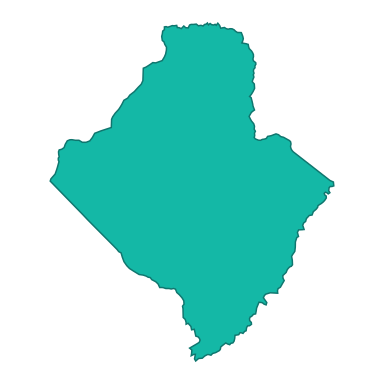 the district of Orizona, Goiás, Brazil
{"feature_id": "56859067B5480941556664", "entity_name": "Orizona", "entity_type": "district", "adm_level": 2, "iso_a3": "BRA", "parent_name": "Brazil", "parent_adm1": "Goiás", "projection": "natural_earth1", "projection_center": [-48.158, -17.021], "detail": "fine", "context": "isolated", "style": "filled", "palette": "teal", "viewbox_px": 384, "rotation_deg": 0, "n_neighbors": 0, "source": "geoboundaries", "source_scale": "gbopen_adm2", "svg_char_len": 4082}
<svg xmlns="http://www.w3.org/2000/svg" viewBox="0 0 384 384"><path d="M333.4,182.0L330.0,180.5L293.2,151.8L291.9,150.3L290.9,148.4L290.5,146.3L291.0,144.0L290.6,141.8L289.5,140.6L285.2,138.2L283.6,137.3L280.8,136.6L278.5,134.7L276.0,133.9L274.0,134.6L271.2,135.7L267.6,136.4L266.4,138.4L264.4,139.1L262.3,139.4L260.5,140.3L258.5,140.2L255.3,138.9L254.2,137.5L254.7,135.7L254.5,133.0L255.4,131.3L254.2,129.2L254.5,126.2L253.7,123.7L251.4,120.9L250.0,118.3L249.1,116.4L250.1,114.6L251.4,112.4L253.1,111.0L254.5,110.0L253.0,106.0L252.7,104.0L252.1,101.4L251.1,97.6L249.6,96.5L251.4,94.3L253.1,91.5L254.6,88.4L254.3,84.0L252.3,81.8L252.7,80.0L253.9,77.1L253.3,74.8L254.0,73.2L253.4,71.1L253.7,69.3L255.0,67.8L254.9,66.0L255.9,64.2L255.7,62.6L253.5,60.9L252.9,59.1L253.5,56.6L253.4,54.5L252.6,52.7L251.7,51.2L250.4,49.8L249.2,48.6L248.6,46.6L248.2,44.4L246.0,43.7L244.2,43.4L241.9,42.9L242.7,41.0L243.3,38.7L242.8,36.4L242.1,34.6L241.3,32.6L239.4,32.5L237.5,32.5L235.6,31.3L234.1,29.8L232.1,28.8L230.0,28.7L228.1,29.2L226.1,28.6L224.5,27.5L222.7,27.8L220.7,28.2L219.6,25.4L217.8,23.2L216.2,25.3L215.1,24.3L213.7,25.0L211.7,24.7L210.1,23.5L208.4,24.9L207.4,23.0L206.2,24.1L204.5,24.5L203.0,26.0L201.0,25.3L198.4,25.8L196.3,24.1L193.6,24.4L191.1,24.4L189.6,25.0L188.2,27.9L185.7,27.7L183.8,26.0L181.3,28.6L178.9,27.6L177.3,27.6L176.7,25.4L174.0,25.8L172.3,25.6L169.9,26.5L167.8,27.2L166.1,26.6L164.4,26.9L164.4,29.6L162.7,31.1L162.3,34.0L161.7,36.4L162.3,40.5L164.0,41.9L164.8,44.4L166.5,47.2L166.4,50.1L165.6,54.1L164.3,57.1L162.2,60.6L155.7,62.9L152.8,62.6L149.5,64.9L146.0,67.1L143.3,68.2L142.9,80.6L141.2,84.3L138.5,87.0L134.2,91.7L129.8,95.1L127.7,98.1L123.9,100.3L121.9,104.3L120.3,107.0L118.7,109.4L115.2,113.2L112.7,116.8L111.6,119.3L111.3,127.5L100.9,130.9L94.7,133.3L92.4,137.5L89.8,140.9L86.1,142.3L82.3,142.3L79.0,140.3L75.5,140.3L71.9,139.7L69.8,139.8L67.3,140.8L65.3,144.2L64.1,147.6L61.6,149.3L59.2,149.9L58.5,151.8L58.7,154.5L59.2,156.8L58.3,158.1L58.3,160.1L59.0,161.7L58.5,163.3L57.3,167.7L56.3,170.8L55.1,174.1L52.8,176.7L50.9,178.9L50.2,181.1L82.8,214.6L87.6,219.7L96.3,228.5L112.6,244.9L117.1,249.5L118.7,251.6L121.1,252.9L122.3,257.1L124.0,261.7L126.8,265.7L129.5,268.5L133.4,271.0L136.5,272.9L139.1,274.5L143.2,275.1L146.2,276.1L148.1,277.2L150.3,277.6L151.7,279.6L155.7,281.7L158.1,284.0L159.7,287.5L161.4,287.5L163.1,287.6L165.8,288.5L169.0,288.5L171.2,289.0L173.6,288.5L175.5,289.2L176.8,292.5L179.4,294.8L182.0,297.8L183.8,300.8L184.0,304.2L182.5,306.2L183.0,308.6L183.2,317.5L185.2,319.4L186.1,322.3L186.1,324.2L188.1,323.3L190.9,326.4L191.6,329.8L194.3,329.3L195.8,336.1L198.0,336.8L199.4,338.4L200.1,340.1L199.2,342.4L196.8,343.9L193.7,345.7L189.6,348.1L191.8,350.0L191.6,353.3L191.2,355.7L193.8,354.4L195.4,354.3L194.5,358.9L195.7,361.0L198.6,358.5L202.3,358.2L204.6,356.1L207.3,354.6L208.8,354.6L211.0,355.2L212.6,353.5L215.7,352.6L219.5,350.5L220.4,349.1L220.7,347.0L222.6,345.4L225.7,343.0L227.9,344.1L229.7,344.7L230.9,343.3L232.9,342.9L234.1,341.1L234.7,338.6L235.0,335.3L238.7,334.7L240.0,332.7L241.4,332.8L243.0,333.4L244.6,331.4L246.1,330.8L246.6,327.6L247.6,325.9L249.6,325.7L251.5,324.3L251.3,322.4L249.7,320.6L249.5,318.7L250.2,317.0L251.6,316.4L253.5,314.3L255.6,313.9L256.2,311.0L256.6,308.1L259.0,302.2L262.3,302.7L264.0,304.1L266.1,304.9L266.8,302.6L263.4,297.8L264.4,295.5L265.9,294.1L270.2,292.8L276.0,293.1L277.7,293.2L277.5,290.6L278.1,288.6L280.4,287.2L282.2,284.0L284.2,280.6L283.0,278.2L282.8,275.6L286.1,272.5L287.2,269.8L288.2,268.4L289.7,266.9L291.3,266.3L292.5,264.8L292.3,260.2L291.6,256.4L292.4,254.9L294.8,251.4L295.0,249.8L295.3,247.1L295.4,241.9L296.8,237.5L298.5,236.5L297.4,232.4L298.6,229.9L302.2,229.7L304.1,229.5L303.3,227.0L302.7,225.2L303.8,222.8L305.6,221.5L306.4,218.6L309.2,215.5L312.1,215.0L313.3,211.7L316.2,209.2L317.6,207.4L318.0,205.6L319.7,204.5L321.5,203.4L323.3,201.9L324.7,200.4L326.3,198.0L326.2,196.0L324.8,195.0L324.2,193.3L325.4,192.2L326.8,192.7L328.2,193.9L329.9,192.7L328.7,190.7L329.1,187.7L330.2,186.5L332.0,186.5L333.8,185.9L333.4,182.0Z" fill="#14b8a6" stroke="#0f766e" stroke-width="1.5"/></svg>